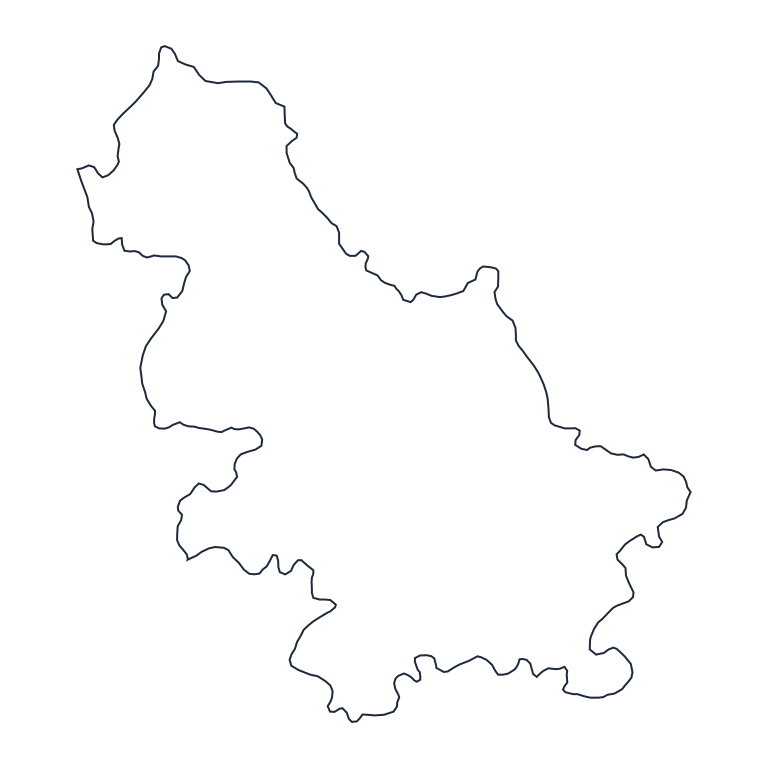 Svietlahorsk, Gomel, Belarus
{"feature_id": "67162791B63369954237676", "entity_name": "Svietlahorsk", "entity_type": "district", "adm_level": 2, "iso_a3": "BLR", "parent_name": "Belarus", "parent_adm1": "Gomel", "projection": "albers", "projection_center": [29.503, 52.681], "detail": "fine", "context": "isolated", "style": "outline", "palette": "slate", "viewbox_px": 768, "rotation_deg": 0, "n_neighbors": 0, "source": "geoboundaries", "source_scale": "gbopen_adm2", "svg_char_len": 5899}
<svg xmlns="http://www.w3.org/2000/svg" viewBox="0 0 768 768"><path d="M284.4,106.6L275.8,103.1L270.1,93.9L266.6,88.6L258.7,82.4L250.4,81.5L238.9,81.5L226.2,81.9L218.2,83.2L205.5,81.0L199.4,75.2L193.7,66.9L185.8,64.6L177.9,61.1L174.8,53.6L171.3,48.7L164.7,46.1L161.2,47.4L159.0,53.5L159.0,58.8L158.1,65.8L153.6,71.5L152.3,79.0L149.6,85.1L143.9,92.2L135.9,101.4L130.6,106.6L123.1,113.6L117.3,119.8L113.8,125.0L114.6,130.7L117.7,137.8L119.4,144.0L118.5,148.8L117.6,156.3L118.9,161.6L117.1,165.5L113.6,170.4L108.2,175.2L102.5,177.4L98.1,173.4L94.2,167.2L88.9,165.4L81.8,168.4L77.4,169.2L81.3,181.1L87.4,197.2L88.9,207.0L92.0,213.3L93.6,221.5L92.3,229.0L93.1,240.7L96.6,243.1L102.8,244.3L107.2,244.3L110.7,244.0L114.6,240.8L118.6,238.5L121.7,238.1L122.1,244.4L124.4,250.7L129.5,251.5L134.6,251.1L138.9,252.3L142.8,255.9L147.1,257.5L154.2,255.5L161.2,256.4L169.5,256.4L175.8,256.4L181.6,258.0L185.2,260.4L188.7,265.5L189.8,271.0L185.9,277.3L184.3,282.7L182.3,291.0L177.2,297.6L172.5,298.0L168.5,294.1L163.8,294.8L161.5,298.4L162.2,304.6L166.1,311.3L163.3,321.1L158.6,328.6L151.1,338.4L145.9,346.2L142.7,355.6L140.3,367.8L141.5,376.9L142.2,383.6L145.3,392.8L146.5,398.4L149.4,403.4L151.4,406.4L155.0,410.7L154.9,414.7L154.2,418.3L154.1,423.1L154.9,426.3L159.2,428.4L165.0,428.6L169.2,427.2L172.8,424.9L179.8,422.2L183.4,424.7L188.1,426.2L190.9,426.5L193.9,426.5L199.0,428.0L202.8,428.5L208.3,429.3L212.6,430.3L217.1,431.6L221.6,432.1L224.4,430.6L231.5,427.6L234.5,429.1L238.5,429.4L242.6,428.7L249.1,427.4L253.7,428.7L257.2,431.7L260.4,435.5L262.2,439.5L261.4,445.8L255.4,449.6L247.3,451.9L240.7,454.4L236.9,458.6L234.7,463.9L234.4,469.2L236.2,472.5L237.1,476.8L231.1,484.8L228.0,487.4L224.2,490.1L216.4,491.6L211.1,491.3L207.9,488.6L203.8,485.0L198.8,483.5L194.7,487.3L192.7,490.3L190.2,494.1L184.6,497.3L180.1,500.6L177.8,506.9L178.3,510.7L182.0,514.7L181.2,520.0L177.7,526.3L177.2,534.1L177.1,540.2L179.4,545.5L183.4,550.1L186.9,554.6L187.9,559.4L187.8,559.6L196.3,555.7L201.7,551.8L208.8,548.4L215.1,547.0L223.9,547.8L228.4,550.1L232.9,557.2L238.9,562.9L244.0,569.8L249.4,573.8L254.5,574.3L259.6,573.5L262.7,569.5L266.7,566.4L269.9,560.7L272.7,555.1L276.7,555.6L278.1,560.5L278.4,567.3L279.8,572.1L285.2,574.4L290.9,571.0L293.7,565.0L298.0,560.2L301.4,560.2L307.1,565.3L313.3,570.2L313.3,573.9L311.9,577.6L311.6,581.8L311.9,588.9L311.9,592.9L313.3,597.8L319.5,599.5L324.7,599.5L330.3,600.0L335.8,604.6L335.2,607.2L330.3,611.4L327.2,612.8L319.5,617.4L313.0,621.6L308.1,625.6L303.6,629.9L301.3,634.7L297.0,642.1L295.0,648.7L291.6,654.1L289.6,659.8L291.3,665.7L298.4,670.0L310.1,674.6L317.8,676.3L325.5,681.2L330.3,685.4L332.6,691.1L332.0,697.7L330.3,702.0L327.7,706.2L330.0,711.6L334.5,711.9L339.4,708.8L342.5,708.2L346.8,712.8L348.8,718.8L351.9,721.9L356.8,721.4L359.6,718.5L362.5,714.5L368.2,714.8L374.5,715.4L383.9,714.8L393.5,711.7L397.0,706.5L397.2,702.5L399.2,697.4L398.4,694.8L395.2,688.6L394.1,683.2L395.5,678.6L398.1,676.0L403.8,673.5L407.5,674.9L411.2,677.2L414.6,680.6L416.9,681.7L420.3,679.7L420.3,676.3L419.7,672.0L417.7,669.8L414.9,661.8L414.9,658.1L420.0,655.5L426.5,655.2L431.1,656.1L434.2,658.3L435.7,663.7L436.5,668.0L443.9,672.0L447.9,671.4L453.6,667.7L459.3,664.6L469.0,660.8L477.5,656.3L481.5,657.4L486.6,659.9L492.0,664.8L495.2,670.7L498.1,674.7L502.9,674.7L508.0,673.6L511.4,671.6L514.8,669.3L516.8,666.7L518.2,663.8L519.6,659.3L522.5,659.0L526.5,659.8L530.2,663.5L532.2,670.6L533.1,674.0L536.8,676.9L539.6,674.0L543.3,670.9L548.4,668.3L552.7,668.8L556.1,669.1L559.8,668.8L564.4,666.8L567.2,670.8L566.7,674.5L567.3,682.5L564.7,685.9L563.0,689.6L565.3,692.2L572.8,694.1L577.3,694.1L584.4,696.3L590.4,697.7L598.4,697.7L603.3,697.1L607.5,694.8L614.4,693.6L622.2,689.1L625.1,685.3L628.5,681.5L631.4,677.6L632.5,672.3L630.8,663.9L624.6,656.3L621.1,652.9L616.7,648.9L613.4,647.6L608.5,649.5L603.8,653.0L596.1,654.6L589.7,649.4L590.1,639.6L591.0,636.3L593.8,629.5L598.0,622.6L603.1,618.2L607.2,613.8L609.2,611.8L613.2,607.8L617.0,605.7L623.6,603.2L628.8,601.3L633.0,597.1L633.5,592.4L629.1,583.3L626.0,575.7L625.5,568.0L622.4,564.4L617.5,559.6L616.6,554.3L620.1,550.7L625.0,544.5L629.8,540.9L636.9,536.4L640.9,534.6L644.0,536.8L646.3,544.3L652.5,547.4L659.1,546.9L662.2,542.0L659.1,536.7L657.7,527.0L663.0,522.1L668.3,520.2L674.5,518.4L682.5,513.9L686.0,507.7L686.8,500.6L689.9,493.5L690.6,492.1L687.4,487.4L686.1,481.9L683.6,476.5L678.6,472.6L671.0,470.0L663.3,469.4L655.7,470.5L650.9,466.8L648.4,459.2L643.8,454.5L638.3,457.0L632.9,457.6L627.9,456.2L623.6,454.4L617.4,454.8L611.0,453.4L604.6,448.9L600.6,446.2L595.3,446.4L590.1,447.7L587.0,450.0L581.4,448.8L575.2,444.9L575.6,440.1L579.3,435.0L579.7,430.6L575.4,428.2L570.8,428.4L564.8,428.4L554.7,425.4L551.0,422.9L548.9,417.3L548.7,411.8L548.3,406.4L547.6,398.2L546.3,392.4L543.8,384.8L540.9,378.0L538.0,372.2L533.7,365.4L527.3,357.2L522.9,351.0L518.8,346.1L515.9,340.6L515.9,335.2L515.5,328.0L512.6,320.6L506.5,316.2L503.2,312.3L497.1,304.0L495.5,298.8L494.5,292.1L498.0,286.6L498.3,278.6L498.3,271.2L495.9,268.5L490.6,267.2L483.1,266.5L480.0,268.4L477.5,271.5L475.4,279.5L471.7,281.2L467.8,283.0L465.3,287.6L463.2,291.1L459.8,292.3L457.1,293.4L450.9,295.2L444.9,296.5L440.0,297.1L431.8,295.9L426.0,293.6L421.3,292.2L416.3,294.6L413.3,299.8L410.6,302.1L403.2,299.8L401.5,295.3L398.8,291.2L396.2,288.7L394.5,285.8L391.0,285.0L385.0,282.9L380.9,280.1L378.9,277.2L377.4,275.3L370.9,272.5L366.3,270.4L365.5,267.5L365.7,263.4L366.9,260.8L368.1,258.0L368.2,256.1L364.5,251.9L361.1,250.9L357.4,254.2L355.5,255.8L349.9,255.9L346.1,253.8L344.1,251.0L342.8,249.0L339.1,243.8L339.1,238.3L339.1,232.7L336.6,226.2L331.6,223.2L327.1,217.7L321.6,212.2L318.1,209.2L311.1,197.1L309.1,191.6L307.1,188.1L303.1,183.6L296.6,178.5L294.6,172.5L293.6,168.0L289.6,162.5L286.6,153.0L286.6,146.0L292.1,140.9L296.6,137.7L297.2,133.8L294.3,131.7L290.6,128.6L287.2,126.4L285.1,123.3L284.7,114.7L284.4,106.6Z" fill="none" stroke="#1e293b" stroke-width="2"/></svg>